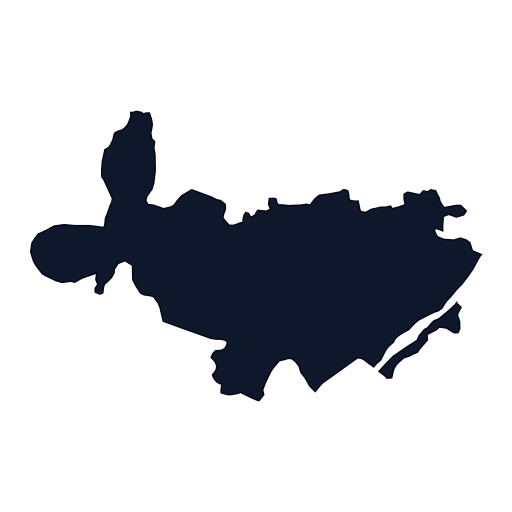 outline of Markz Matay, Al Minya, Egypt
{"feature_id": "37247803B33553459827704", "entity_name": "Markz Matay", "entity_type": "district", "adm_level": 2, "iso_a3": "EGY", "parent_name": "Egypt", "parent_adm1": "Al Minya", "projection": "robinson", "projection_center": [30.727, 28.431], "detail": "fine", "context": "isolated", "style": "filled", "palette": "ink", "viewbox_px": 512, "rotation_deg": 0, "n_neighbors": 0, "source": "geoboundaries", "source_scale": "gbopen_adm2", "svg_char_len": 4833}
<svg xmlns="http://www.w3.org/2000/svg" viewBox="0 0 512 512"><path d="M132.7,112.5L130.8,112.5L130.9,116.4L129.2,121.2L127.4,125.1L124.7,128.1L122.0,130.1L118.3,131.1L114.7,133.1L113.8,136.0L113.0,139.9L109.5,146.7L106.7,148.7L104.9,149.7L104.1,153.6L102.4,161.3L101.7,170.9L101.8,176.7L103.8,179.5L112.5,198.5L111.7,202.4L109.9,206.3L107.3,214.0L105.6,217.9L104.8,224.7L103.9,227.6L101.2,227.2L96.4,226.5L89.4,225.7L75.1,225.7L64.1,224.7L54.1,226.1L46.7,230.2L38.1,234.2L35.1,238.2L32.0,243.0L30.7,251.7L31.9,255.8L33.5,260.9L35.9,265.3L42.1,273.5L45.8,275.8L50.2,277.8L56.0,280.7L62.3,282.4L67.8,281.6L70.8,281.2L74.7,282.2L82.0,278.1L96.7,272.9L95.9,279.7L97.9,284.4L95.2,288.4L95.3,292.2L99.9,294.0L102.7,293.0L103.5,287.2L104.3,284.3L108.8,280.3L111.5,277.4L114.2,272.5L114.1,269.6L117.7,263.8L119.5,262.8L125.0,260.7L132.5,265.3L132.7,274.5L132.7,275.2L132.7,275.9L132.8,279.7L135.7,285.4L140.5,293.0L141.8,293.6L144.2,294.8L149.8,295.6L153.5,296.5L158.3,303.1L160.2,307.9L161.2,312.6L163.3,321.2L167.7,322.8L173.9,325.1L206.1,336.6L210.7,338.3L216.3,339.1L220.1,339.1L224.6,339.9L227.4,341.7L227.3,342.4L226.6,345.6L224.8,348.5L221.2,350.5L215.6,350.7L212.9,353.6L211.2,357.5L214.9,361.3L216.9,366.0L216.1,369.9L214.3,372.8L212.5,374.8L213.5,377.6L216.3,381.4L219.1,383.3L221.9,384.2L221.1,389.9L221.1,391.3L221.2,392.8L227.7,394.6L231.4,394.5L237.8,393.4L240.5,392.3L246.1,395.1L251.7,397.8L258.2,400.6L259.2,400.5L261.2,397.8L263.7,394.7L262.6,389.9L265.2,383.1L267.9,377.3L271.4,370.4L274.9,365.8L275.9,364.6L279.5,360.6L284.1,359.6L287.8,358.5L291.4,358.4L293.7,360.1L295.2,361.2L299.0,365.9L301.0,372.6L304.8,377.3L307.6,382.0L309.6,385.8L315.2,391.5L318.2,387.8L320.6,384.9L321.7,383.8L322.8,382.7L325.6,380.7L354.2,360.2L357.7,357.7L361.7,358.4L365.3,360.5L366.2,361.4L369.3,363.7L373.7,366.8L377.0,363.0L380.5,360.2L382.5,356.4L382.8,355.8L385.3,350.8L388.1,346.8L389.7,345.3L393.3,342.2L395.3,338.4L398.8,335.3L403.2,332.6L408.8,329.5L413.9,324.0L418.2,320.2L423.1,317.6L429.0,314.6L434.2,312.1L438.4,310.7L441.9,308.2L443.7,305.2L446.2,301.4L450.8,296.5L452.5,294.4L457.1,288.9L461.7,284.3L468.0,276.1L473.3,268.3L473.3,268.2L477.6,260.3L478.8,258.2L480.1,256.0L481.3,254.6L472.3,250.7L470.7,245.5L470.3,244.2L469.7,242.7L466.0,239.9L460.4,238.1L454.0,240.1L443.8,239.4L438.3,237.1L437.3,236.7L434.4,231.0L435.3,228.1L438.0,229.0L442.7,230.8L442.6,226.0L443.3,216.4L448.8,214.3L456.2,217.0L460.9,215.7L463.6,214.9L466.3,211.0L460.6,205.4L456.0,205.5L444.0,207.7L440.2,202.0L439.2,198.2L438.4,196.5L437.3,194.4L435.4,190.6L434.4,190.6L430.7,189.8L428.0,191.8L423.4,190.9L419.8,194.8L407.7,192.2L404.1,194.2L404.2,200.0L405.2,203.8L403.4,205.8L401.6,205.8L399.7,206.8L395.1,207.9L393.0,208.7L392.4,208.9L390.5,206.1L385.9,207.2L380.4,207.3L375.0,208.6L371.2,209.4L365.7,212.5L361.1,211.6L360.1,210.7L359.1,205.9L358.1,201.1L356.2,201.2L354.4,201.2L349.8,200.4L348.8,197.5L348.7,194.6L347.7,190.8L344.9,189.9L343.1,189.9L340.3,191.9L338.2,192.3L336.8,192.6L328.4,194.1L319.2,195.3L315.6,198.3L314.3,199.6L313.8,200.3L310.2,205.2L306.5,204.3L300.3,205.2L298.2,205.3L294.4,205.4L289.0,205.7L283.1,205.0L282.5,204.9L278.8,205.0L276.9,203.1L276.0,198.9L274.0,198.4L269.4,198.5L268.6,204.3L270.6,209.0L267.5,210.7L266.9,211.0L265.1,211.1L258.8,210.4L257.7,210.3L255.9,213.2L255.9,214.2L253.2,216.2L250.5,217.2L248.5,213.4L245.7,212.5L244.0,215.4L243.1,219.3L243.2,221.2L243.2,222.2L239.5,223.2L234.0,225.3L229.4,225.4L226.6,222.6L222.8,217.9L223.6,214.0L225.4,209.2L225.3,206.4L225.2,204.4L220.5,200.6L216.8,199.8L212.7,197.8L211.2,197.0L191.7,189.8L183.1,195.0L181.7,195.8L177.2,200.8L174.5,204.7L171.8,206.7L168.1,207.7L165.0,208.4L163.5,208.8L158.8,207.0L153.3,205.2L147.7,204.4L147.3,203.5L145.8,200.6L146.6,196.7L149.3,192.8L152.0,188.9L153.7,183.1L154.5,176.3L155.2,170.6L155.1,162.9L154.9,154.2L153.8,147.5L154.4,143.5L154.6,141.7L151.8,138.9L150.7,133.2L151.5,129.3L151.7,128.2L152.3,124.5L151.3,118.8L149.3,113.0L145.6,113.1L143.8,114.1L141.0,112.3L136.4,111.4L132.7,112.5ZM385.0,375.9L386.9,378.1L391.6,377.8L392.5,374.1L393.1,371.2L394.0,368.5L395.4,366.2L397.0,363.8L403.7,357.8L405.3,357.3L407.4,356.6L408.6,356.3L413.0,354.0L415.3,353.1L417.4,352.2L419.7,348.7L427.3,340.1L427.2,337.2L427.0,334.5L436.5,329.7L437.9,328.3L439.3,327.0L446.4,328.0L452.2,331.6L453.9,332.6L457.9,332.7L459.7,328.9L459.6,322.4L458.8,319.0L457.6,316.1L457.7,313.6L458.9,311.3L461.0,307.4L457.1,303.6L456.5,303.0L456.5,302.9L455.0,304.9L450.6,309.0L448.9,310.5L445.8,313.1L438.9,318.9L434.0,320.8L431.5,323.3L430.1,324.9L430.2,325.0L429.2,326.0L427.2,328.2L425.8,328.8L424.6,329.4L422.6,331.7L420.6,334.1L419.3,335.6L417.9,338.7L417.3,340.2L414.2,342.3L410.2,344.8L404.8,348.4L398.1,353.0L393.0,356.5L390.3,359.3L386.1,363.7L383.1,366.9L380.8,369.4L379.0,371.3L385.0,375.9Z" fill="#0f172a" stroke="#020617" stroke-width="1.5"/></svg>